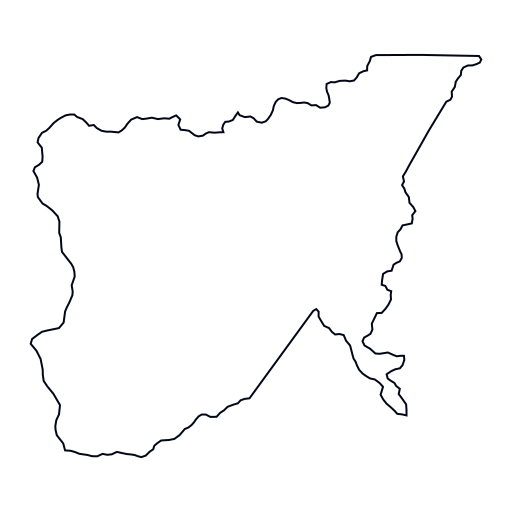 outline of Novo Oriente, Ceará, Brazil
{"feature_id": "56859067B35881063339483", "entity_name": "Novo Oriente", "entity_type": "district", "adm_level": 2, "iso_a3": "BRA", "parent_name": "Brazil", "parent_adm1": "Ceará", "projection": "albers", "projection_center": [-40.749, -5.598], "detail": "fine", "context": "isolated", "style": "outline", "palette": "ink", "viewbox_px": 512, "rotation_deg": 0, "n_neighbors": 0, "source": "geoboundaries", "source_scale": "gbopen_adm2", "svg_char_len": 3864}
<svg xmlns="http://www.w3.org/2000/svg" viewBox="0 0 512 512"><path d="M65.1,450.4L70.7,450.8L75.3,452.1L79.0,453.7L82.7,454.3L87.1,454.9L92.1,456.2L97.2,456.3L102.5,453.9L107.5,454.8L111.8,454.3L116.9,451.9L121.3,452.9L127.1,454.1L130.6,454.4L134.6,455.0L138.1,456.3L141.4,457.1L145.7,455.6L149.8,451.6L153.2,449.3L154.3,445.7L157.4,443.1L161.1,440.5L165.1,440.2L168.9,440.0L174.4,438.9L179.7,435.0L184.8,429.0L188.4,427.5L191.5,425.1L193.9,422.4L195.9,419.5L198.7,416.3L201.7,414.5L205.8,414.5L210.3,416.9L216.5,416.8L220.2,412.8L223.9,410.4L227.6,406.8L233.5,404.6L237.9,403.3L240.6,400.3L244.6,398.9L249.5,398.3L313.2,310.9L316.2,309.1L318.6,311.6L318.6,316.6L321.1,320.9L324.2,325.9L329.1,328.1L331.9,331.9L335.2,334.5L339.4,334.0L343.7,335.1L346.1,340.8L350.1,345.5L351.4,350.5L352.6,355.2L353.6,358.7L355.7,361.9L356.9,365.3L359.2,369.9L362.9,373.8L366.8,376.5L370.0,378.4L374.9,379.5L379.7,383.1L383.0,386.8L380.6,394.7L383.3,399.6L386.6,403.7L390.6,407.1L394.8,411.0L397.2,413.8L402.1,414.4L406.5,415.4L406.5,409.8L406.1,404.3L401.9,398.3L398.7,394.1L399.8,388.8L396.1,385.9L394.5,383.0L390.4,380.5L387.7,378.5L386.6,374.3L391.0,371.3L395.2,369.3L399.9,368.3L402.5,365.2L404.3,360.0L404.0,355.8L400.3,355.8L396.8,356.3L393.2,354.9L387.9,352.5L382.9,353.3L379.5,353.8L375.4,353.5L370.2,348.8L364.5,345.5L362.5,341.3L364.1,337.6L367.5,335.7L370.5,333.8L372.4,329.6L371.8,323.7L374.2,318.7L376.9,313.1L381.7,312.9L385.3,309.0L388.3,304.9L391.0,299.4L390.7,294.9L391.2,291.2L387.4,289.8L385.3,285.9L381.7,284.8L382.1,280.1L383.1,273.9L387.2,271.4L391.6,270.7L393.6,264.6L396.5,262.8L399.8,261.4L401.8,257.9L401.6,254.4L400.0,251.1L397.7,245.4L396.3,241.0L396.3,236.8L397.7,232.3L400.5,229.3L402.5,225.4L406.9,224.5L411.8,223.4L412.6,218.8L412.2,215.2L415.4,211.1L413.3,207.1L409.5,202.8L408.8,197.0L405.4,192.2L404.4,188.8L402.1,185.1L404.0,181.5L402.9,176.3L405.8,171.7L409.3,165.1L428.8,130.6L446.3,101.7L450.4,99.7L452.0,96.7L451.7,91.6L454.8,87.0L455.8,81.7L457.9,78.5L460.8,75.1L461.3,70.7L463.4,67.5L467.9,65.5L472.5,65.4L476.5,64.1L479.8,62.6L481.3,59.5L479.0,56.0L421.0,54.9L375.9,55.1L371.0,56.9L369.9,60.9L367.2,66.1L367.1,70.4L363.5,71.2L359.1,73.3L356.6,77.6L354.0,80.5L349.8,81.3L345.3,80.6L339.7,80.9L334.8,82.3L330.8,82.1L326.6,84.0L326.3,88.1L327.0,91.6L328.6,95.4L329.2,98.6L329.8,102.6L328.3,105.6L325.0,107.3L320.2,107.7L316.0,105.1L311.4,105.4L307.6,103.1L304.1,102.5L300.7,102.9L297.0,103.1L293.0,102.2L288.6,99.9L285.4,98.6L281.5,98.0L278.2,99.3L275.8,101.8L273.8,106.0L272.9,110.3L270.8,114.9L268.2,118.7L265.8,121.3L261.8,122.7L256.7,121.6L253.7,118.3L250.5,116.5L244.8,117.1L239.6,115.2L237.9,112.4L235.5,115.8L232.8,120.0L228.7,121.6L225.3,121.8L223.3,124.7L222.2,128.4L223.4,132.2L219.6,132.3L214.5,132.7L209.0,132.2L205.9,133.5L202.8,135.7L198.3,136.4L194.6,135.2L189.0,130.8L185.5,130.2L180.6,129.7L178.4,124.9L180.2,119.4L176.2,115.4L172.6,117.0L169.4,118.7L164.1,118.3L157.9,119.1L151.9,117.7L145.9,118.7L142.2,119.1L137.1,117.1L131.2,119.6L127.2,124.0L124.9,127.5L121.8,130.4L118.5,132.4L111.2,131.7L106.5,131.7L101.6,130.8L96.8,128.1L93.8,125.0L89.1,125.8L86.6,122.9L82.7,119.1L77.1,117.0L74.2,114.5L69.9,114.5L65.5,115.4L60.6,118.0L57.5,120.0L53.7,123.0L49.7,127.5L46.4,130.6L42.0,132.8L38.5,138.0L37.6,142.4L41.8,147.7L42.6,156.8L42.2,161.8L39.1,164.7L34.9,167.3L33.4,171.0L37.1,177.6L38.9,184.8L37.5,193.9L37.9,197.2L42.6,203.6L46.2,205.6L52.3,210.4L57.7,216.3L59.4,221.6L59.2,232.9L60.8,237.4L61.4,247.4L62.0,251.9L71.2,263.7L73.2,267.2L74.4,271.9L74.7,276.6L71.7,285.2L72.7,291.7L72.4,295.2L69.4,302.3L66.8,307.4L65.1,311.5L63.6,322.6L58.9,328.1L47.1,330.5L42.0,331.8L37.9,334.6L32.1,339.0L30.7,343.8L36.4,350.7L40.6,358.9L42.7,369.6L42.8,374.7L43.7,381.0L47.4,386.5L53.4,393.8L60.0,405.1L59.0,414.4L56.3,420.2L55.3,426.2L55.6,430.1L56.8,435.2L63.2,443.4L65.1,450.4Z" fill="none" stroke="#020617" stroke-width="2"/></svg>